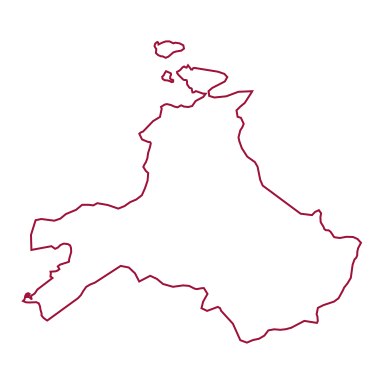 map outline of Balikesir (Mercator projection)
{"feature_id": "TUR-2238", "entity_name": "Balikesir", "entity_type": "Province", "adm_level": 1, "iso_a3": "TUR", "parent_name": "Turkey", "parent_adm1": "", "projection": "mercator", "projection_center": [27.651, 39.857], "detail": "fine", "context": "isolated", "style": "outline", "palette": "rose", "viewbox_px": 384, "rotation_deg": 0, "n_neighbors": 0, "source": "natural_earth", "source_scale": "10m", "svg_char_len": 3398}
<svg xmlns="http://www.w3.org/2000/svg" viewBox="0 0 384 384"><path d="M161.0,106.9L164.6,104.6L166.9,104.1L170.9,105.0L174.4,106.6L177.6,107.3L181.1,105.3L184.0,106.6L188.3,107.0L192.2,106.0L195.6,101.0L203.3,96.9L205.7,93.7L203.0,93.6L195.9,91.1L193.8,92.4L192.5,92.4L192.0,90.5L191.7,88.6L190.8,88.1L189.9,88.0L189.0,87.2L188.1,85.7L187.4,84.9L187.1,83.9L187.0,81.5L186.6,80.2L185.5,80.0L184.2,80.0L183.1,79.5L178.4,74.8L177.1,73.0L177.1,71.8L178.8,71.0L180.2,70.0L182.6,67.3L184.1,66.5L185.4,67.3L186.6,67.6L188.0,65.3L190.7,68.8L190.9,69.4L192.2,69.6L192.6,69.0L193.0,68.3L194.4,67.9L218.0,71.7L224.4,73.9L227.3,77.1L224.8,81.5L212.3,87.9L208.6,91.1L209.2,95.9L214.4,97.5L226.3,96.3L238.4,91.8L252.2,91.2L251.5,92.5L244.7,103.0L240.4,106.5L236.5,110.4L237.6,116.8L240.9,117.8L243.7,123.8L242.3,127.3L240.3,130.3L238.5,137.4L239.3,141.1L241.8,148.1L247.2,156.6L254.9,162.1L257.6,166.8L260.2,179.8L262.7,185.6L300.6,213.7L312.0,215.1L315.1,211.9L318.9,210.2L321.1,213.3L320.4,217.1L320.7,222.2L323.5,226.8L324.3,229.0L325.9,230.2L328.6,230.3L330.6,231.8L334.2,237.2L339.8,238.0L346.5,236.8L353.1,237.0L357.5,239.0L361.0,242.8L358.1,248.2L357.3,251.9L357.2,255.4L356.2,257.8L354.5,259.4L352.6,264.8L350.8,277.9L347.5,283.4L344.1,287.6L343.0,290.2L338.6,298.2L334.0,301.6L323.5,305.1L317.9,307.9L316.6,314.2L317.4,316.4L317.8,321.0L316.9,322.9L304.3,320.9L291.1,327.8L285.8,329.2L280.4,329.8L274.1,329.3L268.3,330.4L264.4,335.6L259.1,338.7L252.8,340.1L246.9,342.6L240.3,340.2L232.9,323.7L221.1,310.8L220.1,308.2L217.8,306.9L207.1,310.9L201.5,308.2L203.1,301.7L207.5,293.9L203.9,288.1L201.6,288.2L197.0,289.1L194.7,288.7L189.1,285.9L183.1,285.4L173.0,286.8L163.0,284.0L156.9,278.9L150.2,275.8L139.2,281.5L135.0,273.3L128.8,267.5L120.7,265.9L94.8,282.7L90.2,284.5L86.2,286.9L83.4,290.8L80.9,295.1L78.1,298.1L47.3,320.5L46.2,319.9L43.4,317.8L41.5,315.4L41.6,313.5L40.5,309.8L39.9,306.1L38.7,303.3L36.3,302.2L29.4,302.5L25.9,302.3L23.0,301.0L24.5,299.5L25.3,295.8L26.4,293.9L28.2,293.2L29.6,294.0L29.4,295.2L26.9,295.8L26.9,297.0L28.4,296.9L29.7,297.5L30.9,298.5L31.8,299.6L31.0,296.8L31.8,295.3L33.3,294.5L34.8,293.4L37.3,289.6L52.5,278.0L51.2,276.9L50.5,276.7L50.5,275.6L50.8,274.3L50.8,273.2L50.5,271.7L55.7,271.3L57.7,270.5L59.4,269.1L57.8,266.4L60.1,264.6L68.4,262.0L69.0,261.6L69.0,260.9L69.2,259.0L71.2,252.0L71.0,248.0L70.1,245.4L67.9,244.1L63.8,243.6L60.5,245.0L57.8,247.6L55.1,248.8L51.5,246.2L31.4,249.9L31.0,234.9L35.6,220.2L41.3,219.0L54.3,220.7L60.4,218.6L65.8,214.1L76.1,209.8L82.2,204.8L88.9,204.8L93.3,205.4L97.3,203.2L107.8,205.0L118.3,208.6L124.5,206.1L130.2,202.1L136.3,199.5L141.9,195.2L145.0,188.2L147.6,180.5L148.2,173.0L145.8,170.9L143.3,166.9L144.8,163.8L145.8,162.4L147.4,158.1L148.1,153.1L150.0,147.0L150.8,143.4L150.2,142.2L147.7,141.8L142.0,139.4L139.3,133.7L140.9,132.4L143.1,131.5L153.1,121.1L160.0,116.9L161.7,108.7L161.0,106.9ZM173.3,43.3L175.5,42.7L179.7,43.4L183.3,45.3L184.0,48.6L181.4,50.6L176.0,51.5L173.3,52.4L168.5,56.6L165.7,57.8L162.5,56.3L161.0,56.3L158.1,55.1L155.9,53.0L156.3,49.0L155.3,47.6L154.5,46.0L155.1,43.9L156.3,42.6L157.3,42.0L158.1,42.5L158.5,44.5L162.1,42.7L165.8,41.4L169.5,41.4L173.3,43.3ZM171.5,79.8L172.6,79.7L173.2,80.2L173.1,81.8L171.6,82.1L169.5,81.0L167.2,80.4L164.5,80.2L162.5,78.7L162.2,76.7L163.7,75.3L164.9,72.9L166.1,71.2L170.8,73.3L171.1,74.6L170.3,76.3L170.1,78.5L171.5,79.8Z" fill="none" stroke="#9f1239" stroke-width="2"/></svg>